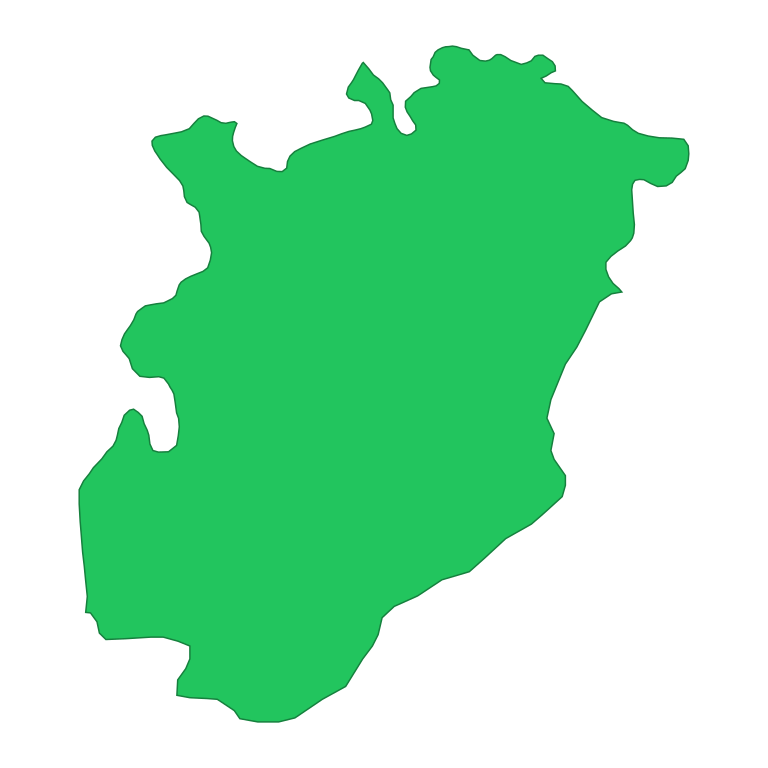 Malaryta, Brest, Belarus (Mercator projection)
{"feature_id": "67162791B17752609820062", "entity_name": "Malaryta", "entity_type": "district", "adm_level": 2, "iso_a3": "BLR", "parent_name": "Belarus", "parent_adm1": "Brest", "projection": "mercator", "projection_center": [24.072, 51.803], "detail": "fine", "context": "isolated", "style": "filled", "palette": "green", "viewbox_px": 768, "rotation_deg": 0, "n_neighbors": 0, "source": "geoboundaries", "source_scale": "gbopen_adm2", "svg_char_len": 3900}
<svg xmlns="http://www.w3.org/2000/svg" viewBox="0 0 768 768"><path d="M85.7,612.4L90.5,612.9L97.0,621.8L99.4,633.1L105.9,639.5L125.2,638.7L151.1,637.1L163.2,637.1L177.7,641.1L189.9,646.0L189.9,658.9L185.8,668.6L177.7,679.9L176.9,695.3L189.9,697.7L206.8,698.5L217.3,699.3L234.3,710.6L239.9,718.7L257.7,721.9L278.7,721.9L294.9,717.9L322.3,699.3L345.7,686.4L362.7,658.9L372.4,646.0L378.1,634.7L382.1,617.7L394.2,606.4L417.6,595.9L441.9,579.8L469.3,571.7L484.7,558.0L505.7,538.6L531.5,524.0L543.6,513.5L562.2,496.6L565.4,485.3L565.4,475.6L554.1,459.4L550.9,450.5L554.1,433.6L546.9,418.2L550.9,399.6L565.4,364.1L576.8,347.1L585.6,330.2L599.4,301.9L611.5,293.8L621.8,292.0L619.0,288.7L613.0,283.4L608.6,276.9L605.9,269.4L605.9,262.3L610.9,256.4L617.8,251.0L625.5,246.0L630.6,240.6L632.3,237.9L633.8,233.2L634.4,224.6L633.2,212.7L631.7,189.8L632.6,184.1L635.0,180.3L639.5,179.4L643.9,179.7L650.8,183.5L657.6,186.5L666.2,185.9L672.2,182.4L676.3,176.1L680.8,172.6L685.2,168.7L688.2,160.4L688.8,153.8L688.2,145.8L683.8,139.3L678.1,138.7L671.9,138.1L659.4,137.8L648.1,136.0L638.3,133.3L632.6,129.8L627.6,125.3L624.0,123.2L620.2,122.6L613.6,121.4L601.7,117.6L592.2,110.1L582.1,101.5L572.3,90.5L568.2,86.4L561.0,84.0L555.1,83.7L545.0,82.8L541.1,78.3L546.2,76.0L551.2,72.7L555.4,70.9L555.1,65.9L552.4,61.7L547.9,58.7L542.9,55.2L538.4,55.2L534.9,56.4L531.3,60.8L526.8,62.9L521.2,64.4L510.8,60.5L505.1,56.7L500.7,54.6L497.1,54.6L495.6,55.2L491.8,58.7L489.4,60.2L485.5,61.1L479.9,60.5L472.8,55.2L468.9,49.8L468.0,49.7L461.3,48.3L456.5,46.7L452.4,46.1L448.8,46.6L445.6,46.8L442.4,47.7L438.0,49.9L435.1,52.4L433.2,56.8L431.1,59.5L430.0,67.3L430.5,70.8L433.3,75.1L435.8,77.2L439.5,80.0L439.3,83.4L436.1,85.9L432.4,86.7L428.4,87.3L421.0,88.4L414.2,92.6L410.9,96.5L405.6,101.2L405.3,107.2L407.1,111.9L410.1,116.4L412.7,120.8L415.7,125.0L416.0,130.1L411.5,133.9L406.8,135.4L401.1,133.3L397.0,128.6L394.9,123.5L393.1,117.9L393.1,111.0L393.1,105.1L390.7,99.7L389.8,92.9L387.7,89.8L382.6,82.8L378.6,78.8L373.4,75.0L368.7,68.7L363.3,62.5L362.3,63.3L358.3,70.3L355.6,75.5L353.5,79.6L351.5,82.7L348.3,87.1L346.5,94.0L348.8,98.0L354.5,100.5L358.8,100.5L365.3,103.4L370.0,110.2L371.6,114.0L372.8,120.5L371.4,124.2L365.2,127.1L360.8,128.7L354.7,130.2L349.0,131.4L341.6,133.8L334.6,136.4L322.7,140.0L310.2,144.0L301.1,148.3L294.7,151.6L290.0,156.1L287.5,161.5L286.7,168.1L282.2,171.6L276.8,171.4L269.8,168.5L264.9,168.3L257.4,166.3L250.5,161.9L245.2,158.3L241.2,155.5L236.4,151.0L233.8,146.5L232.4,140.7L232.6,136.5L233.6,132.5L235.3,127.4L236.9,123.5L234.4,121.7L231.4,122.1L228.9,122.6L225.9,123.3L221.1,122.7L216.9,120.3L208.0,116.2L203.8,116.0L198.4,118.8L193.9,123.5L189.3,128.7L181.5,131.8L174.9,133.1L165.3,134.9L160.9,135.6L155.4,137.2L152.0,141.1L152.3,145.4L154.8,151.0L157.4,154.8L160.2,159.1L166.7,167.4L173.1,173.9L179.6,180.6L182.9,186.0L183.8,190.7L184.4,196.7L187.1,202.5L190.8,204.7L195.2,207.2L199.1,212.2L199.7,216.0L200.9,224.5L201.3,231.3L204.0,236.3L209.1,243.2L210.6,247.2L211.6,252.7L210.3,260.2L207.7,267.8L203.0,271.4L197.2,273.7L190.8,276.3L185.6,278.9L181.1,282.2L179.2,284.9L177.2,290.7L175.9,295.3L172.4,298.6L163.7,302.9L156.5,303.8L150.8,304.8L145.3,305.9L141.9,308.3L137.6,311.5L136.0,314.0L133.8,319.8L130.4,325.6L127.7,329.3L124.5,333.9L122.0,339.6L120.5,345.8L123.0,351.4L125.3,354.0L129.2,358.6L132.4,368.7L139.9,376.3L149.5,377.4L158.8,376.7L163.9,378.1L168.5,384.0L170.2,387.4L172.0,390.1L173.9,394.0L175.2,402.4L176.6,412.9L178.6,418.3L179.3,426.8L178.3,435.6L176.6,445.4L168.5,451.8L158.3,452.1L152.9,450.5L149.9,444.0L148.8,435.2L147.2,430.2L144.1,423.7L142.1,416.3L138.4,412.6L133.6,409.2L129.6,410.2L124.2,415.3L121.8,422.4L118.8,428.5L117.4,435.2L116.1,440.3L113.0,446.1L106.9,451.8L101.8,458.9L93.4,467.7L89.3,473.8L83.6,480.9L79.2,489.7L79.2,503.9L80.2,521.8L81.2,534.0L82.6,551.9L84.3,566.4L85.6,580.0L87.3,596.5L85.7,612.4Z" fill="#22c55e" stroke="#15803d" stroke-width="1.5"/></svg>